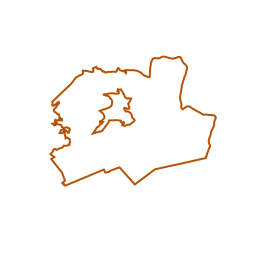 the district of Kafr Al-Dawwar, Al Buhayrah, Egypt, rotated 230°
{"feature_id": "37247803B13171530844779", "entity_name": "Kafr Al-Dawwar", "entity_type": "district", "adm_level": 2, "iso_a3": "EGY", "parent_name": "Egypt", "parent_adm1": "Al Buhayrah", "projection": "mercator", "projection_center": [30.133, 31.129], "detail": "fine", "context": "isolated", "style": "outline", "palette": "amber", "viewbox_px": 256, "rotation_deg": 230, "n_neighbors": 0, "source": "geoboundaries", "source_scale": "gbopen_adm2", "svg_char_len": 5908}
<svg xmlns="http://www.w3.org/2000/svg" viewBox="0 0 256 256"><g transform="rotate(230 128 128)"><path d="M165.1,191.6L165.0,191.3L164.8,190.9L164.6,190.0L164.0,189.3L163.6,188.2L163.0,187.2L161.7,186.0L159.4,183.2L158.2,182.3L156.8,180.8L153.3,177.6L153.2,176.9L156.7,174.7L157.5,174.4L158.7,174.0L159.6,173.7L160.9,173.6L162.0,173.5L162.8,173.2L166.0,171.8L166.7,171.2L168.1,169.8L168.7,169.4L169.3,168.8L170.1,167.6L170.4,167.4L173.0,164.3L173.8,163.5L173.3,163.3L171.6,162.1L171.3,161.6L172.3,161.6L173.5,161.9L174.6,161.5L174.7,161.1L174.5,160.9L174.8,160.7L175.9,160.0L176.3,159.6L177.3,159.1L179.0,159.1L179.5,159.3L179.9,159.2L180.3,158.8L180.2,158.3L179.7,157.2L179.2,156.3L178.7,155.2L178.8,154.8L180.5,153.1L180.9,152.7L182.2,150.7L183.4,149.2L184.2,148.1L184.8,146.5L185.2,146.6L185.6,146.2L187.1,145.8L187.2,145.0L188.0,144.9L188.6,144.7L190.1,145.0L190.9,144.7L191.0,144.4L191.5,144.1L192.1,143.3L192.7,143.5L193.3,142.6L194.1,142.9L194.8,142.7L195.2,142.8L195.1,142.4L195.5,141.6L196.1,140.6L196.3,140.1L195.9,139.4L195.5,138.8L194.3,138.6L193.5,137.6L193.6,136.7L196.6,134.2L198.6,132.9L199.6,131.5L200.3,130.9L201.0,130.4L201.1,130.2L200.4,129.9L199.8,129.5L199.2,129.1L198.7,128.4L198.5,127.5L199.6,123.9L200.1,120.4L198.7,114.3L198.2,111.1L198.1,109.3L198.1,107.6L196.8,87.5L196.8,87.0L195.4,86.1L195.0,85.9L194.7,85.1L194.5,84.8L194.1,84.6L193.7,84.5L192.8,85.5L192.9,86.3L192.6,86.8L192.6,88.9L192.9,89.4L193.0,89.9L192.5,90.8L192.5,91.7L191.8,91.5L191.2,90.8L191.1,90.0L191.0,89.6L190.9,88.8L190.9,88.3L190.2,86.7L190.2,85.9L190.0,85.6L190.0,83.8L189.9,83.6L189.8,83.3L189.4,82.5L189.2,82.4L188.4,82.2L186.7,82.3L185.8,82.9L184.7,82.9L183.6,83.0L182.9,83.9L182.2,83.4L180.2,82.6L177.8,82.6L177.3,83.2L176.1,82.4L176.8,81.7L177.3,81.5L177.5,81.5L177.9,81.3L178.1,81.3L178.9,80.9L178.0,80.1L178.2,79.7L178.7,79.4L178.9,79.2L179.1,79.1L179.5,78.6L180.2,78.0L180.5,77.7L181.0,77.6L180.6,76.8L180.3,76.5L179.8,76.3L179.7,76.3L178.3,76.9L178.0,76.9L177.9,76.7L177.8,75.7L177.9,75.4L178.2,75.1L178.4,75.1L178.6,75.0L178.7,74.8L178.9,74.6L179.8,73.0L177.2,73.4L176.6,76.1L176.0,76.7L173.0,78.8L171.3,78.0L169.1,79.0L168.9,79.2L168.7,79.8L168.7,80.1L168.6,80.6L167.6,81.7L167.2,81.8L166.7,82.2L166.1,82.5L165.5,82.7L165.0,82.8L164.8,82.6L164.5,82.4L164.2,82.4L163.9,82.1L163.8,81.9L163.7,81.5L163.7,81.1L162.6,80.0L162.8,79.0L166.4,78.8L166.6,78.7L166.8,78.6L166.9,78.4L167.5,77.9L168.2,77.5L169.0,76.7L169.0,76.4L169.4,75.4L168.0,72.5L165.9,75.4L166.8,76.6L165.4,77.1L164.3,75.6L161.1,74.3L160.6,73.7L160.1,73.5L159.9,75.1L158.8,75.6L158.5,75.6L157.2,76.2L154.3,74.4L153.4,72.4L153.4,71.7L153.2,71.9L152.9,71.9L153.5,70.6L153.6,70.1L154.2,69.0L154.5,68.7L155.7,67.5L155.3,65.0L156.7,61.8L157.1,59.2L159.1,58.6L159.1,57.6L159.4,56.8L158.2,55.1L157.8,51.8L153.1,52.9L153.6,49.3L152.6,49.2L136.0,48.7L128.1,45.8L128.1,42.3L125.9,42.4L126.0,42.9L124.2,42.8L111.7,82.8L111.1,82.7L108.9,82.0L108.7,82.0L108.4,82.1L108.2,82.4L106.7,84.8L106.7,85.0L106.5,87.1L105.9,89.1L103.3,96.2L80.4,96.9L79.0,122.1L54.9,168.4L55.7,169.4L56.5,170.8L57.6,172.3L58.3,173.8L60.1,176.7L60.8,178.3L61.9,179.7L63.9,180.1L65.7,181.1L66.8,182.2L68.1,184.0L68.9,185.7L69.6,186.8L71.1,188.5L72.4,190.4L73.8,194.1L74.3,195.1L75.0,195.9L75.9,196.8L77.0,197.8L77.7,198.7L79.1,201.5L79.5,201.6L80.2,202.3L81.4,202.3L82.0,202.2L82.8,201.6L83.1,201.4L84.5,199.9L85.5,198.8L86.3,198.0L87.9,196.8L89.0,195.3L89.7,194.3L91.3,193.6L93.1,193.1L95.3,192.3L96.4,191.6L97.8,191.2L101.8,189.8L103.1,189.4L104.7,189.1L105.2,188.8L106.3,187.5L106.5,187.1L106.7,186.6L106.8,185.9L106.9,185.2L107.1,182.0L108.0,182.0L108.7,181.7L109.8,182.2L110.9,183.2L111.7,184.2L112.6,184.6L113.1,184.9L115.2,185.9L116.1,186.2L117.9,187.4L120.2,190.0L121.1,190.9L122.0,192.2L123.3,193.7L124.4,195.1L125.0,195.7L126.0,196.8L127.4,198.8L129.7,202.5L130.4,203.4L130.7,203.8L131.1,204.3L131.3,205.3L132.1,206.7L133.5,208.5L134.2,209.5L134.6,209.9L134.8,210.3L135.1,210.7L135.8,211.7L136.2,212.1L138.3,212.8L140.3,212.7L141.4,212.4L142.9,212.4L143.8,212.5L145.2,213.0L148.5,213.7L149.8,212.7L150.2,211.8L150.5,210.6L151.0,209.5L152.3,206.9L153.0,206.2L154.7,204.9L158.7,202.2L160.1,200.9L160.8,199.3L161.0,198.2L161.3,196.8L162.9,194.7L164.4,193.6L165.1,191.6ZM147.8,102.9L148.5,104.9L148.1,105.9L148.0,106.1L148.5,108.3L148.5,109.3L148.3,110.1L148.1,110.5L148.6,112.3L149.7,110.0L150.7,110.2L151.1,111.0L150.6,112.1L150.5,112.9L150.6,113.8L150.6,114.7L150.8,116.2L151.5,117.0L152.6,117.6L154.7,118.1L156.2,118.0L158.8,117.5L159.2,117.4L158.2,120.4L156.9,123.6L156.0,125.9L155.5,129.0L155.9,130.0L157.8,132.3L159.3,133.4L161.3,133.6L162.5,133.5L164.1,133.6L165.0,133.5L168.6,130.9L169.3,130.9L169.3,131.3L169.2,131.7L168.2,132.5L167.8,133.1L167.4,134.3L166.7,135.3L166.4,135.9L166.0,136.6L164.1,139.0L162.6,140.1L161.7,141.2L160.9,142.5L160.6,143.4L161.0,143.7L161.4,144.1L162.4,144.0L163.2,143.7L164.1,145.2L163.1,145.7L162.3,147.2L162.1,147.4L161.2,147.0L160.2,147.1L157.2,146.5L156.1,146.4L154.3,145.9L153.6,145.6L151.0,146.2L149.8,148.3L148.5,149.3L147.6,147.4L147.2,146.5L147.0,145.6L146.5,144.4L146.4,143.6L145.3,143.2L143.7,142.5L142.3,142.0L142.2,141.0L142.7,140.2L143.2,139.8L145.2,138.9L145.6,138.0L145.2,137.3L143.5,137.2L142.2,136.9L141.7,137.2L141.3,138.1L140.7,138.6L139.5,139.1L137.9,139.5L137.5,139.5L136.7,139.5L136.1,139.4L135.4,139.0L134.9,138.9L133.2,137.8L132.6,138.0L131.6,138.0L130.9,138.1L130.5,138.3L129.6,138.0L129.4,137.5L129.3,136.4L129.4,135.3L129.4,133.5L129.4,133.3L129.6,132.5L129.5,132.0L129.3,131.5L129.3,131.3L130.4,130.3L131.0,129.4L131.0,129.2L131.3,128.6L131.5,127.6L131.6,126.7L132.3,126.6L132.8,126.0L133.8,125.4L134.2,126.0L134.2,127.6L134.3,128.2L135.2,128.5L135.6,128.3L135.5,127.9L135.9,127.0L136.4,126.4L136.7,126.4L137.6,126.6L138.2,127.2L141.2,124.5L142.7,122.5L143.9,121.0L146.0,118.3L145.0,117.1L142.3,106.1L142.9,104.7L143.1,104.7L146.3,97.7L147.8,102.9Z" fill="none" stroke="#b45309" stroke-width="2"/></g></svg>